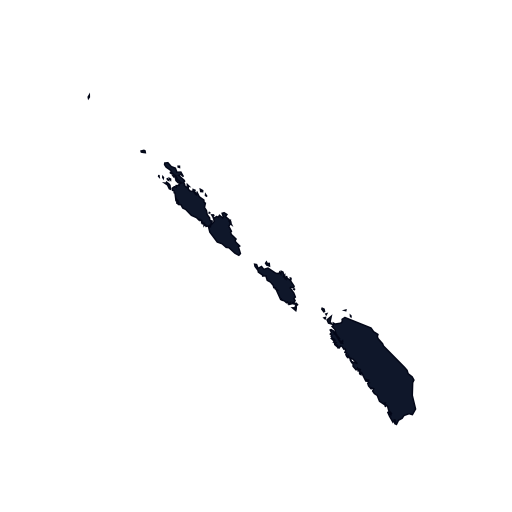 Kepulauan Mentawai, Sumatera Barat, Indonesia, rotated 164°
{"feature_id": "22746128B86355072671334", "entity_name": "Kepulauan Mentawai", "entity_type": "district", "adm_level": 2, "iso_a3": "IDN", "parent_name": "Indonesia", "parent_adm1": "Sumatera Barat", "projection": "equal_earth", "projection_center": [99.744, -2.461], "detail": "fine", "context": "isolated", "style": "filled", "palette": "ink", "viewbox_px": 512, "rotation_deg": 164, "n_neighbors": 0, "source": "geoboundaries", "source_scale": "gbopen_adm2", "svg_char_len": 6157}
<svg xmlns="http://www.w3.org/2000/svg" viewBox="0 0 512 512"><g transform="rotate(164 256 256)"><path d="M167.4,55.4L164.3,58.8L160.3,59.7L157.7,61.9L152.3,62.2L149.4,60.4L144.8,64.9L144.2,78.9L140.3,91.1L138.4,93.2L139.2,96.8L142.2,100.9L142.3,104.5L143.9,108.0L158.3,134.4L158.5,136.8L161.5,143.1L161.5,145.2L160.4,147.0L163.8,150.8L165.3,155.1L187.5,172.4L190.7,171.4L191.1,169.2L193.1,168.1L198.7,168.8L200.2,170.3L200.8,167.9L202.3,167.3L200.1,163.1L200.7,162.0L200.1,157.7L198.2,153.1L199.6,155.9L200.1,154.8L197.8,150.1L196.1,150.7L196.2,149.8L197.0,149.4L196.8,148.1L198.5,148.8L201.4,159.4L202.4,159.5L202.2,162.6L204.1,164.6L205.1,164.4L204.5,161.4L206.1,160.5L205.0,159.0L205.9,158.0L205.0,156.2L206.3,156.0L204.6,153.1L204.6,155.5L203.4,154.0L203.4,152.9L205.1,151.8L203.0,150.7L204.0,150.2L203.5,149.1L204.6,149.9L204.7,149.1L203.2,146.8L202.6,147.2L202.6,145.3L201.4,145.4L202.0,144.3L199.4,146.2L198.2,145.5L197.2,142.2L196.1,142.3L195.7,140.8L197.1,138.8L195.6,137.7L196.8,136.4L196.4,134.2L195.8,133.2L194.8,134.8L194.4,132.6L191.3,130.2L188.1,124.5L193.4,128.3L192.4,125.6L193.1,123.2L191.2,119.0L189.4,120.2L189.5,117.4L188.1,117.5L187.9,118.8L187.0,118.1L188.3,116.3L186.6,114.7L184.9,105.5L184.0,105.1L183.7,106.7L181.9,105.5L183.3,104.8L182.1,102.9L183.7,102.7L183.6,100.1L182.0,96.7L181.4,97.4L179.4,96.0L181.1,94.0L180.1,91.1L177.9,88.6L177.3,82.3L173.1,77.3L173.1,79.2L172.2,79.0L172.8,78.3L170.9,75.3L171.0,71.1L169.1,67.4L170.1,66.0L171.7,69.6L172.4,69.3L171.8,65.1L170.2,58.6L168.2,60.5L167.4,60.0L167.7,58.0L168.6,59.8L168.7,56.5L167.4,55.4ZM295.9,298.2L292.1,297.9L289.7,299.9L290.5,304.3L290.0,305.2L291.5,309.1L291.1,313.4L292.2,316.8L290.1,320.7L291.1,322.0L290.7,324.2L294.2,328.6L295.0,333.0L296.4,331.2L297.2,332.0L296.6,333.6L297.6,333.3L298.0,334.3L296.5,336.0L298.1,337.3L298.8,335.6L301.0,336.1L302.7,338.8L302.3,340.3L303.9,341.0L305.4,343.8L304.8,344.6L305.4,346.6L304.0,347.6L304.2,348.6L308.2,354.8L305.8,355.2L303.9,352.3L305.1,357.4L308.9,358.3L309.3,362.7L312.8,365.3L315.0,370.0L318.1,370.5L318.7,369.0L317.9,366.2L314.3,361.7L314.0,358.8L310.8,354.8L310.2,350.8L308.6,348.8L310.4,351.0L312.1,350.5L310.8,348.1L307.9,347.7L307.3,346.7L310.3,346.3L310.4,345.0L313.4,345.7L313.8,344.1L315.3,345.1L317.9,344.2L318.1,342.1L316.7,341.3L317.2,339.3L316.5,338.7L317.7,331.2L317.3,330.7L317.1,332.0L317.0,332.3L316.0,331.4L315.6,328.5L315.9,328.0L316.3,329.3L316.7,329.2L316.3,327.6L317.1,330.1L317.7,328.1L317.1,328.8L316.4,326.9L314.0,326.0L313.2,322.3L310.7,320.1L306.9,312.9L302.6,309.3L301.0,306.4L300.0,306.6L300.1,305.5L298.5,305.3L297.8,302.2L298.2,301.7L296.9,301.5L297.3,300.9L297.5,300.0L296.8,300.7L297.1,299.6L295.9,299.7L295.9,298.2ZM272.3,261.4L270.3,262.6L270.4,269.7L268.9,270.1L271.7,275.0L271.7,276.8L270.5,277.8L273.8,283.5L273.9,285.8L272.8,286.5L274.0,292.1L272.4,293.5L271.8,295.3L272.4,296.1L271.2,295.4L270.8,295.4L270.6,296.2L271.0,295.5L271.6,295.9L270.4,298.1L271.5,296.4L272.3,296.8L272.0,298.6L274.5,302.3L272.5,303.9L274.7,306.4L276.8,306.4L276.6,302.7L277.5,301.8L279.9,305.2L281.6,303.6L282.9,304.8L285.6,304.0L286.6,305.0L286.4,300.8L291.4,297.8L291.7,296.6L293.6,296.7L293.8,291.7L289.4,280.1L285.2,277.1L282.3,272.5L279.7,271.4L275.5,264.5L272.3,261.4ZM233.9,200.6L233.4,199.8L230.7,202.4L231.4,204.7L229.5,205.7L229.9,210.1L232.0,215.8L231.3,216.5L228.7,215.1L227.7,216.4L229.9,223.5L232.1,225.9L232.2,228.3L233.5,225.2L234.4,226.1L233.8,229.1L235.0,227.8L235.5,228.4L234.4,230.2L234.6,233.2L236.0,234.4L237.1,231.8L237.7,234.0L238.8,232.8L241.7,233.9L247.8,241.1L252.2,241.0L253.6,244.4L257.4,243.5L257.8,247.6L259.6,248.5L259.8,246.3L258.0,241.5L258.2,239.9L254.9,235.8L255.1,234.9L252.0,234.2L251.9,229.5L249.3,227.0L247.5,223.0L247.6,220.7L246.1,220.1L246.6,219.2L245.2,217.6L245.8,217.8L244.3,207.5L243.5,207.7L243.3,206.4L241.1,205.1L239.6,202.7L238.2,203.1L238.1,201.1L236.1,201.7L237.1,200.3L234.4,200.2L233.0,201.8L233.9,200.6ZM202.0,169.7L202.9,172.4L200.3,177.3L205.3,175.0L204.8,171.5L202.0,169.7ZM319.9,343.8L319.2,347.7L319.9,349.4L321.6,351.7L322.3,350.8L323.7,351.3L321.5,348.7L320.8,344.5L319.9,343.8ZM245.8,242.6L245.3,245.2L247.3,245.7L247.6,247.4L248.8,246.4L248.4,245.1L247.5,246.5L247.8,244.1L245.8,242.6ZM337.6,387.5L336.0,386.7L333.9,385.8L333.7,387.7L334.6,388.5L337.6,388.6L337.6,387.5ZM206.2,183.6L205.4,183.8L205.2,186.2L206.8,187.6L207.4,186.8L206.2,183.6ZM232.8,192.5L232.3,193.4L233.3,195.6L235.2,196.1L232.8,192.5ZM289.6,332.5L289.2,333.6L291.1,335.5L291.4,333.2L289.6,332.5ZM231.2,197.1L229.5,197.7L230.3,199.5L232.2,199.7L231.2,197.1ZM371.9,456.6L373.5,455.1L373.6,453.7L372.4,454.7L371.9,456.6ZM286.7,305.8L285.4,306.5L285.5,307.2L287.2,307.7L286.7,305.8ZM311.3,351.7L311.1,353.5L311.9,353.9L312.1,352.0L311.3,351.7ZM287.9,328.1L286.7,326.7L287.5,329.1L287.9,328.1ZM302.7,342.2L301.1,341.4L302.3,343.6L302.7,342.2ZM305.1,362.2L304.8,363.4L306.1,363.8L306.3,363.0L305.1,362.2ZM206.9,176.5L206.2,177.3L206.1,177.8L207.7,177.8L206.9,176.5ZM232.5,197.0L231.6,195.1L231.1,196.5L231.7,195.8L232.5,197.0ZM312.5,354.6L312.7,355.6L313.7,356.0L313.2,354.6L312.5,354.6ZM320.1,355.3L320.0,353.7L319.1,352.8L319.0,353.4L320.1,355.3ZM327.0,360.6L327.7,359.4L327.3,358.7L327.0,360.6ZM185.8,179.3L184.8,178.7L184.5,179.3L185.8,179.3ZM204.7,180.2L203.9,181.0L204.9,181.0L204.7,180.2ZM289.2,310.3L288.1,309.8L288.9,310.7L289.2,310.3ZM229.0,225.3L229.2,224.0L228.9,223.8L228.5,224.9L229.0,225.3ZM187.9,113.2L187.7,114.5L188.7,114.8L188.8,114.1L187.9,113.2ZM299.1,302.8L298.2,302.8L298.8,303.8L299.1,302.8ZM317.2,352.6L316.9,353.5L317.7,354.3L317.6,353.4L317.2,352.6ZM323.7,357.9L324.0,357.2L323.7,356.2L323.3,357.0L323.7,357.9ZM315.1,360.5L315.4,359.4L314.8,358.8L315.1,360.5ZM271.6,293.8L270.9,292.9L271.1,294.2L271.6,293.8ZM193.9,130.6L193.9,129.4L193.7,128.5L193.3,129.6L193.9,130.6ZM228.4,213.1L227.7,213.9L228.8,213.5L228.4,213.1ZM288.5,301.6L289.1,302.0L289.1,301.1L288.5,301.6ZM181.6,172.8L181.8,171.9L181.5,171.4L181.2,172.1L181.6,172.8ZM201.9,159.9L201.2,159.8L201.9,161.1L201.9,159.9ZM172.8,75.2L172.8,76.0L173.1,76.6L173.2,76.0L172.8,75.2ZM317.1,331.6L316.7,330.5L316.8,332.0L317.1,331.6Z" fill="#0f172a" stroke="#020617" stroke-width="1.5"/></g></svg>